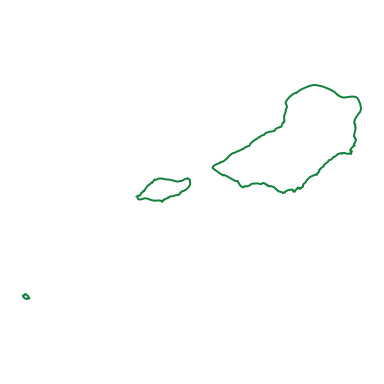 outline of Sabu Raijua, Nusa Tenggara Timur, Indonesia
{"feature_id": "22746128B67076907647447", "entity_name": "Sabu Raijua", "entity_type": "district", "adm_level": 2, "iso_a3": "IDN", "parent_name": "Indonesia", "parent_adm1": "Nusa Tenggara Timur", "projection": "robinson", "projection_center": [121.777, -10.624], "detail": "fine", "context": "isolated", "style": "outline", "palette": "green", "viewbox_px": 384, "rotation_deg": 0, "n_neighbors": 0, "source": "geoboundaries", "source_scale": "gbopen_adm2", "svg_char_len": 5890}
<svg xmlns="http://www.w3.org/2000/svg" viewBox="0 0 384 384"><path d="M335.6,92.9L334.1,91.7L333.1,91.1L332.5,90.9L331.2,89.9L330.4,89.8L328.7,88.8L326.9,88.2L323.6,86.8L321.9,86.3L320.2,86.0L316.3,85.1L314.7,85.0L312.7,85.2L310.2,85.8L308.3,86.4L303.2,88.5L300.2,90.0L299.4,90.7L297.0,92.3L296.5,92.7L296.3,93.0L295.5,93.0L294.8,93.2L293.3,94.0L291.8,95.1L289.5,97.0L287.2,99.7L286.0,101.5L285.7,102.6L285.7,103.6L286.9,106.0L286.9,107.1L286.5,108.5L286.2,108.8L285.7,110.0L285.6,110.7L285.7,111.5L285.5,112.4L285.1,113.5L284.4,115.0L284.2,115.9L284.1,117.5L284.3,119.8L284.3,121.6L283.9,122.4L283.5,122.4L283.3,122.2L283.2,122.3L283.2,122.6L282.5,123.4L282.1,124.3L281.7,125.8L281.5,126.2L281.2,126.6L280.8,126.9L279.5,127.1L278.7,127.6L278.0,127.7L277.0,128.3L276.0,128.8L275.3,129.4L274.7,130.6L273.9,131.0L270.5,131.6L266.9,132.6L266.5,132.6L265.8,132.9L263.9,135.0L263.6,135.1L262.1,135.3L261.6,135.5L259.8,137.0L259.4,137.2L258.9,137.2L258.5,137.4L257.2,138.7L254.9,139.9L253.7,140.6L250.6,143.5L249.7,145.1L249.0,146.0L247.9,146.2L245.5,147.3L244.3,148.0L243.8,148.6L243.4,148.8L241.4,149.6L239.7,150.5L236.5,151.8L234.3,152.9L232.9,153.2L232.5,153.3L229.7,155.4L226.9,158.5L225.5,159.7L223.1,161.5L221.7,161.9L221.0,162.3L220.6,162.2L220.3,162.3L220.0,162.7L218.8,163.3L217.3,163.9L214.8,165.1L213.4,166.2L213.1,166.8L213.0,167.7L212.7,167.9L213.1,168.3L213.3,168.7L214.5,169.5L219.6,173.2L222.9,175.3L223.1,175.4L223.6,175.0L223.9,174.9L227.7,176.6L234.0,180.3L236.1,181.2L237.2,181.0L237.7,181.1L238.4,182.7L239.5,184.3L239.6,184.5L240.1,185.4L240.6,185.9L241.0,186.0L241.6,186.6L242.5,187.3L242.9,187.2L243.2,187.0L243.7,187.0L244.4,186.6L244.6,186.2L246.2,186.4L248.4,185.9L250.2,185.1L250.5,184.8L251.1,184.1L252.2,183.7L257.6,183.4L258.8,183.6L260.1,184.1L260.7,184.2L261.8,183.7L262.9,183.0L263.4,183.0L264.3,183.2L264.8,183.7L265.9,184.3L266.7,184.4L267.1,184.7L267.1,185.2L267.5,185.1L268.0,185.5L268.5,186.1L269.1,186.3L269.6,186.1L269.9,186.3L270.3,186.0L273.2,186.8L273.8,187.1L275.0,188.1L275.9,189.2L277.3,190.0L278.0,190.9L278.1,191.2L278.4,191.3L278.9,191.3L279.7,191.5L280.0,191.7L280.3,191.7L281.9,192.3L282.8,192.5L283.0,192.6L283.0,192.9L283.8,192.8L284.0,192.6L284.8,192.6L285.0,191.9L285.2,191.6L285.5,191.4L285.9,191.3L286.3,191.0L286.7,190.9L287.0,190.6L288.0,190.2L291.1,189.5L292.0,189.6L292.8,189.9L293.3,190.9L293.4,191.5L293.7,191.5L293.6,191.4L294.0,191.4L294.3,191.3L294.3,191.1L294.6,191.3L294.9,191.1L295.8,189.9L296.4,189.2L297.2,188.7L297.3,188.5L297.4,187.9L297.7,187.7L299.0,187.7L299.6,187.9L299.5,188.6L299.8,188.9L300.1,188.9L300.6,188.4L300.9,188.3L301.4,187.6L302.0,187.4L302.3,187.0L302.7,186.9L303.0,186.4L303.0,185.1L303.4,184.2L305.3,182.6L306.4,180.9L307.1,180.2L307.1,179.9L307.5,179.4L310.1,177.0L312.8,175.7L315.8,174.5L316.0,174.7L316.4,174.8L316.7,174.5L317.0,174.5L317.1,174.1L317.2,173.8L317.2,173.4L317.5,173.1L318.3,172.8L318.5,172.0L319.2,171.4L319.1,171.1L319.3,170.8L319.3,170.6L319.1,170.4L319.1,170.2L319.7,169.6L320.0,169.2L322.7,166.8L323.6,166.4L323.9,165.8L324.1,164.8L324.3,164.5L326.0,163.2L327.4,162.3L328.1,161.6L328.6,160.5L328.8,160.3L329.4,160.0L330.8,159.8L331.9,158.9L333.1,157.5L332.5,157.0L333.4,157.2L334.5,156.8L336.0,155.8L337.6,154.2L340.2,153.3L340.6,153.4L340.9,153.3L341.2,153.4L341.7,153.2L341.9,153.4L342.0,153.1L344.7,152.9L346.1,153.7L346.4,153.7L347.3,153.7L347.7,153.8L348.6,153.6L349.6,153.6L350.2,153.7L350.6,153.9L350.9,153.9L351.0,153.4L351.3,153.0L351.1,152.7L351.0,152.3L351.4,152.0L351.4,151.6L351.8,151.2L351.5,150.9L350.7,150.9L350.3,150.6L350.3,150.3L350.5,149.6L351.1,148.6L353.8,145.7L354.2,145.8L354.5,145.5L354.2,145.2L353.9,144.7L353.8,144.4L354.7,143.0L354.9,142.9L354.9,142.6L355.5,141.7L355.8,140.6L355.8,139.4L355.8,139.1L355.7,139.1L355.3,138.6L355.2,138.6L355.0,137.9L354.8,137.6L354.7,137.1L354.4,136.8L354.0,136.5L354.0,136.3L354.3,134.1L355.7,128.2L355.6,127.4L355.0,126.7L355.3,125.4L355.1,125.1L355.2,124.6L355.1,124.3L354.7,124.2L354.7,123.5L354.6,123.1L354.3,122.9L354.2,121.9L354.7,120.4L355.6,118.0L358.6,113.7L359.9,112.2L360.6,110.4L360.9,109.3L361.0,108.4L360.8,107.0L359.9,102.9L359.4,102.3L358.6,100.0L358.1,99.0L357.3,98.1L356.3,97.3L355.7,97.0L354.3,96.7L351.8,96.6L349.2,96.8L346.4,97.3L344.7,97.4L344.2,97.4L343.7,97.6L343.4,97.5L341.1,96.9L338.4,95.6L337.9,95.2L337.9,94.9L337.5,94.9L337.2,94.6L335.6,92.9ZM189.9,181.5L189.9,180.0L189.7,179.7L188.9,179.3L188.1,178.4L187.5,178.2L186.6,178.7L184.6,179.2L183.0,180.3L182.2,180.7L181.3,181.0L180.6,180.9L177.4,181.6L176.5,181.5L169.5,179.6L164.8,179.3L163.7,179.0L163.4,178.7L162.6,178.8L161.5,178.5L158.9,178.5L157.4,179.2L156.0,179.8L155.4,179.8L154.7,179.9L154.5,179.7L152.0,182.8L151.3,182.7L151.3,183.0L148.7,185.1L147.8,185.6L144.8,189.7L144.1,191.0L143.8,191.0L143.5,190.9L142.6,192.2L142.2,192.3L141.5,192.8L141.4,193.2L140.9,193.6L140.5,194.8L140.1,195.3L139.6,195.7L139.4,195.6L139.1,195.5L138.1,195.5L137.6,195.9L137.5,196.1L137.0,196.5L137.3,196.6L137.4,196.9L137.6,197.8L138.0,198.8L138.4,199.1L139.4,199.5L141.4,199.3L144.3,198.4L146.1,198.3L147.5,198.7L150.8,199.9L153.3,200.5L154.3,200.7L159.6,200.4L162.3,201.3L162.3,201.5L162.6,201.3L162.5,200.6L163.9,200.1L164.0,199.9L164.0,199.5L165.6,199.1L166.2,198.6L168.2,197.9L168.4,197.7L168.3,197.4L169.4,197.0L170.0,196.6L170.6,196.4L173.2,196.1L175.5,195.3L178.6,194.8L178.8,194.5L179.1,194.5L179.2,194.3L179.6,194.0L179.8,193.5L180.4,193.2L180.4,192.9L180.6,192.5L181.1,192.1L181.2,191.9L181.8,191.6L181.9,191.3L183.2,191.2L185.7,189.8L187.5,188.3L188.9,186.7L189.5,185.8L189.9,184.9L190.1,184.0L190.2,182.8L189.9,181.5ZM26.8,295.1L25.6,294.0L25.0,294.3L24.2,295.4L23.3,295.3L23.2,295.7L23.3,295.8L23.0,296.1L23.1,296.4L24.1,297.8L24.8,298.3L26.1,298.9L26.4,299.0L26.4,298.6L26.7,298.4L28.5,298.6L28.8,298.6L29.0,298.4L29.3,298.2L29.2,297.9L28.9,297.6L28.7,297.3L27.9,295.8L26.8,295.1Z" fill="none" stroke="#15803d" stroke-width="2"/></svg>